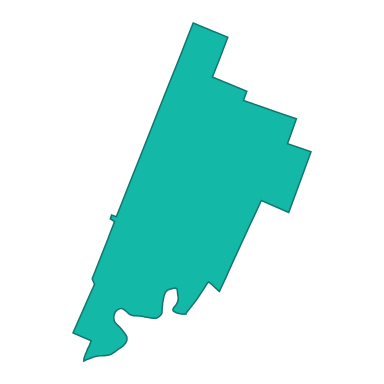 outline of Cazanesti, Ialomita, Romania
{"feature_id": "2599482B82912190403308", "entity_name": "Cazanesti", "entity_type": "district", "adm_level": 2, "iso_a3": "ROU", "parent_name": "Romania", "parent_adm1": "Ialomita", "projection": "mercator", "projection_center": [27.017, 44.648], "detail": "fine", "context": "isolated", "style": "filled", "palette": "teal", "viewbox_px": 384, "rotation_deg": 0, "n_neighbors": 0, "source": "geoboundaries", "source_scale": "gbopen_adm2", "svg_char_len": 3396}
<svg xmlns="http://www.w3.org/2000/svg" viewBox="0 0 384 384"><path d="M227.8,37.3L225.6,36.4L224.4,35.9L221.8,34.8L218.6,33.5L215.8,32.3L212.8,31.2L212.0,30.8L210.7,30.3L208.9,29.5L205.9,28.2L205.0,27.9L202.5,26.9L200.9,26.2L199.4,25.6L198.0,25.0L196.2,24.2L193.8,23.2L193.2,23.0L191.8,26.5L186.7,39.3L181.6,52.5L176.5,65.3L171.3,78.1L166.3,90.8L161.2,103.5L156.2,116.1L151.2,128.8L146.3,141.2L136.2,166.6L127.6,188.2L122.0,202.5L116.4,216.5L116.2,216.7L111.6,215.0L110.8,217.2L111.1,217.4L110.3,218.9L110.4,219.0L111.3,219.5L112.3,220.2L113.4,220.8L114.7,221.7L114.2,222.6L113.8,223.6L113.6,224.0L113.0,225.8L112.8,226.4L112.5,227.1L112.2,227.8L111.9,228.4L111.6,229.2L111.4,229.8L111.1,230.5L110.8,231.4L110.3,232.6L110.0,233.4L109.7,234.2L109.4,235.0L109.1,235.6L108.5,237.5L104.3,248.1L101.4,255.5L97.2,266.1L92.2,278.7L94.5,284.4L88.8,297.0L84.1,307.7L77.2,323.4L73.0,332.9L82.2,336.9L91.2,340.8L89.4,345.4L88.7,347.0L88.5,347.6L88.4,347.8L88.2,347.9L88.1,348.0L87.9,348.1L87.8,348.5L87.7,348.7L87.2,350.0L86.9,350.8L86.5,351.9L86.2,352.5L85.9,353.3L85.6,353.8L84.8,356.1L84.4,357.2L84.2,357.7L84.0,358.7L83.9,359.3L83.8,359.9L83.8,360.7L83.8,361.0L86.3,359.8L88.2,359.1L91.1,358.0L91.5,357.8L93.2,357.1L94.5,356.7L96.7,356.3L98.6,355.9L99.6,355.8L100.7,355.8L102.3,355.7L104.8,355.7L106.1,355.5L108.0,355.2L109.1,355.0L111.2,354.2L112.5,353.4L114.4,352.2L115.7,351.2L117.7,349.7L118.9,348.8L120.3,348.0L122.7,346.3L124.2,344.7L125.7,343.0L126.1,342.0L126.7,340.9L126.9,340.0L127.0,338.8L126.9,337.4L126.7,336.4L125.9,335.0L125.0,333.7L124.0,332.4L122.8,330.9L122.2,330.0L121.3,328.9L120.4,327.9L119.6,327.0L118.9,326.4L116.0,323.5L114.5,321.6L114.1,320.0L113.8,318.2L113.9,316.0L114.1,315.1L114.3,314.4L114.7,313.5L114.9,312.9L115.1,312.5L115.3,312.1L115.6,311.8L115.8,311.5L116.3,311.0L116.4,310.8L116.6,310.6L117.9,309.5L118.9,309.0L120.2,308.6L120.9,308.5L121.7,308.6L122.3,308.7L122.8,309.0L123.5,309.4L124.4,309.9L126.7,311.7L127.6,312.7L128.2,313.2L129.7,314.4L130.3,314.8L132.4,315.4L133.3,315.7L134.8,315.8L136.7,315.8L139.5,316.0L142.7,316.4L145.7,317.1L148.4,317.5L151.1,318.0L154.6,318.3L156.0,318.3L157.3,317.7L158.1,317.3L158.8,316.8L159.4,316.3L160.5,315.3L161.6,313.8L162.0,312.7L162.1,311.6L162.0,310.9L162.1,309.8L162.2,308.2L162.3,307.3L162.4,306.4L162.5,305.0L162.6,303.5L162.9,301.6L163.2,300.0L163.5,298.4L164.3,295.1L164.8,293.8L165.2,292.9L165.7,292.1L166.2,291.4L166.7,291.0L167.4,290.3L167.9,290.0L169.0,289.5L170.9,289.0L171.8,288.8L172.8,288.4L174.1,288.2L175.2,288.1L175.8,288.2L176.4,288.4L176.8,288.8L177.1,289.2L177.3,290.7L177.5,292.3L177.6,293.8L177.8,295.0L178.1,296.5L178.2,297.8L178.1,299.4L177.8,301.2L176.9,303.4L175.6,305.5L174.6,306.6L173.8,307.6L173.4,308.2L173.0,309.1L172.9,309.6L172.9,310.1L173.2,310.8L173.8,311.4L175.0,312.1L176.2,312.7L178.4,313.4L180.7,313.8L182.0,314.1L183.4,314.1L184.8,314.1L186.0,314.0L185.8,313.5L196.4,300.0L201.0,293.1L205.5,286.2L206.7,284.2L208.0,282.4L208.5,282.0L210.9,283.7L212.3,284.9L219.3,291.5L219.5,291.3L222.3,285.2L225.2,279.1L225.9,277.6L226.7,275.8L227.8,273.2L235.4,256.4L235.5,256.3L242.6,240.8L245.3,235.0L247.5,230.2L250.7,223.2L255.1,214.0L261.3,200.5L288.7,212.5L288.9,212.0L304.0,171.0L311.0,151.8L287.5,143.7L296.4,118.8L282.0,113.9L276.7,112.1L243.6,100.5L243.4,100.5L246.8,91.3L240.8,88.8L222.7,81.3L212.4,77.0L218.7,61.2L227.8,37.3Z" fill="#14b8a6" stroke="#0f766e" stroke-width="1.5"/></svg>